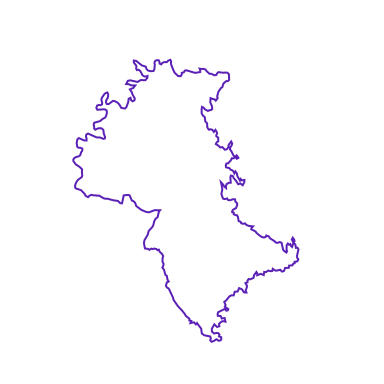 São José dos Ausentes, Rio Grande do Sul, Brazil, rotated 299°
{"feature_id": "56859067B10014476741522", "entity_name": "São José dos Ausentes", "entity_type": "district", "adm_level": 2, "iso_a3": "BRA", "parent_name": "Brazil", "parent_adm1": "Rio Grande do Sul", "projection": "robinson", "projection_center": [-49.931, -28.671], "detail": "fine", "context": "isolated", "style": "outline", "palette": "violet", "viewbox_px": 384, "rotation_deg": 299, "n_neighbors": 0, "source": "geoboundaries", "source_scale": "gbopen_adm2", "svg_char_len": 5988}
<svg xmlns="http://www.w3.org/2000/svg" viewBox="0 0 384 384"><g transform="rotate(299 192 192)"><path d="M254.5,82.1L255.6,84.3L255.8,87.2L257.7,90.7L254.5,90.2L251.6,87.9L249.9,91.3L248.4,92.7L246.1,96.6L244.3,97.2L242.6,96.2L242.7,94.4L244.5,92.5L242.9,91.4L239.5,92.7L234.2,93.5L232.5,92.9L231.3,89.4L233.4,85.8L234.1,83.3L234.0,80.4L233.4,78.7L228.5,76.5L227.6,74.9L228.8,73.2L230.2,72.6L233.7,72.6L235.1,72.2L236.9,71.3L238.0,69.6L236.5,68.4L235.1,67.9L230.5,67.5L228.8,68.0L226.3,70.3L225.0,70.8L223.7,70.1L222.9,68.3L221.6,67.1L219.3,67.5L218.0,69.3L221.6,74.8L222.1,76.2L221.9,77.8L220.4,79.0L218.4,79.7L215.3,80.1L212.3,78.3L209.4,77.2L205.2,72.9L203.3,73.3L201.7,74.8L200.2,75.5L199.6,77.2L201.2,78.2L202.8,79.9L203.8,81.9L203.4,84.3L200.4,86.5L197.8,89.4L196.5,89.8L195.5,88.7L195.1,85.2L193.5,82.1L192.7,72.7L190.9,71.7L189.0,72.4L187.8,73.8L185.9,74.8L184.8,72.6L184.3,66.9L182.5,66.2L178.9,67.4L176.0,69.6L175.7,71.1L176.6,73.1L176.8,75.0L175.0,76.0L173.0,75.8L170.0,76.4L168.5,75.8L165.9,73.3L164.2,72.5L162.7,72.5L161.5,73.3L159.8,77.0L159.5,81.2L158.6,84.8L155.1,86.6L153.5,87.9L151.8,88.4L147.0,86.3L144.5,86.1L142.2,86.3L140.1,87.0L138.8,88.3L139.8,94.0L138.2,99.3L137.1,100.7L137.1,103.6L139.0,104.1L140.8,105.4L141.5,108.1L142.4,109.3L142.7,110.8L143.8,112.3L143.7,117.9L144.2,119.7L145.2,121.5L146.6,127.2L148.3,131.6L147.4,134.6L148.2,136.3L155.9,133.9L157.8,136.4L158.9,138.9L155.4,143.5L155.6,145.1L155.1,147.3L152.7,150.1L151.8,156.4L152.4,161.8L153.5,164.4L157.9,168.0L160.5,172.9L158.7,172.6L153.3,174.1L150.8,173.1L147.9,173.2L144.4,174.2L142.2,174.3L136.9,173.0L133.0,174.0L126.9,173.8L124.2,174.6L119.8,178.2L120.9,181.1L120.8,182.8L122.7,183.8L123.0,185.4L124.1,186.2L124.9,188.4L124.4,190.0L125.5,191.0L124.1,192.6L123.2,196.1L121.9,197.9L119.6,198.4L116.6,200.1L115.4,202.0L112.9,202.8L111.5,202.7L110.3,205.4L106.6,208.9L106.5,210.6L103.6,212.9L102.4,215.0L100.6,213.8L97.3,214.7L96.4,216.2L96.2,218.6L90.2,226.9L88.8,228.0L85.4,234.8L83.4,241.0L81.8,244.9L80.7,246.5L79.9,251.2L78.3,252.0L78.9,253.9L76.6,254.2L79.0,256.9L78.1,259.6L79.8,259.9L76.9,266.3L73.1,269.1L72.6,272.1L74.5,278.0L73.0,279.5L71.0,279.9L70.5,281.8L72.3,283.3L75.1,284.8L74.8,287.4L76.1,288.9L77.6,289.0L79.2,287.9L78.7,285.6L80.7,285.1L81.3,283.3L80.4,281.5L78.9,279.9L79.6,277.0L82.1,275.6L87.1,275.7L86.1,279.3L87.9,281.0L89.8,279.5L92.9,280.6L94.1,281.7L94.8,284.1L97.6,281.6L95.8,279.4L97.4,277.1L96.2,274.6L97.8,273.5L99.6,273.2L105.8,277.5L104.8,279.4L105.8,280.7L107.2,280.5L107.5,276.3L109.4,276.2L111.5,273.5L113.8,274.5L118.7,275.3L120.7,276.5L121.8,278.6L125.4,277.7L127.2,280.2L130.8,279.8L131.1,282.9L129.4,286.2L130.5,288.3L131.7,286.7L135.1,286.2L136.7,285.5L138.2,282.9L140.0,284.3L141.4,283.5L143.4,283.7L143.8,285.2L146.8,287.5L149.2,286.6L153.3,287.1L152.5,288.5L150.8,289.4L153.8,291.9L154.1,295.0L157.1,293.9L157.8,295.5L160.3,296.8L160.7,298.9L161.8,300.5L164.0,299.9L163.7,302.2L164.0,303.8L166.8,306.9L166.0,309.2L167.3,310.7L170.8,310.3L172.6,313.4L174.7,312.6L176.6,315.4L178.4,315.3L179.5,316.3L180.7,315.6L182.5,317.8L184.7,317.6L185.4,316.0L186.7,314.9L193.5,312.9L194.4,311.3L193.5,310.0L196.2,307.8L196.9,305.2L192.5,306.2L192.8,304.6L194.1,303.2L192.9,302.3L193.4,300.8L191.3,300.6L187.2,302.8L186.2,303.9L184.8,303.9L185.2,300.7L186.0,299.4L191.0,295.0L190.8,293.1L189.0,291.5L188.4,289.6L189.0,288.1L189.3,282.8L190.4,280.6L189.9,278.0L188.4,278.2L187.0,276.9L186.5,274.6L186.7,272.2L187.5,268.2L188.3,266.6L188.1,261.9L189.4,261.4L191.5,262.0L189.8,257.8L189.6,255.3L190.3,253.6L189.0,252.3L188.5,250.2L189.5,249.0L189.2,246.9L192.6,244.1L193.5,242.5L192.8,241.0L192.8,239.2L194.2,238.5L193.9,236.8L195.7,236.3L197.8,237.2L199.1,238.3L202.5,237.9L204.1,236.8L204.6,234.6L206.4,233.3L205.7,231.5L203.1,229.1L202.5,227.5L203.4,225.8L201.9,224.5L201.2,222.7L202.0,221.4L204.6,218.6L208.1,217.6L210.0,216.6L214.6,212.6L213.8,215.1L212.5,217.5L212.0,219.8L213.6,218.8L215.5,218.4L217.8,219.6L218.9,221.4L223.3,218.5L225.2,218.0L225.7,220.1L224.4,221.6L223.1,225.1L221.2,228.6L222.9,230.3L222.5,233.1L225.9,233.0L227.9,232.0L226.4,230.0L227.0,228.2L225.2,228.4L228.1,223.7L229.9,222.4L231.0,220.0L228.8,220.0L229.9,218.6L230.5,216.9L230.2,214.9L231.0,213.2L230.1,209.8L231.7,208.6L233.6,208.3L234.6,209.7L238.6,210.6L240.8,210.5L241.7,212.2L243.6,212.6L244.1,210.5L246.6,206.9L247.7,204.5L249.6,203.8L251.5,204.1L253.8,203.7L255.2,201.8L251.0,201.2L248.7,202.1L246.3,201.7L244.9,200.3L246.0,196.8L244.6,195.1L245.3,193.0L245.5,189.6L247.3,189.5L249.1,190.4L252.3,188.5L252.5,186.3L253.7,185.6L255.4,185.6L256.4,184.6L257.7,182.4L255.1,182.0L256.3,179.7L255.8,177.6L254.7,176.8L255.2,175.3L256.1,173.9L259.4,171.9L260.2,169.4L263.7,166.8L264.2,164.4L265.5,162.3L269.4,160.1L271.3,159.5L271.4,161.1L270.6,163.1L270.6,166.7L271.9,167.5L272.8,168.8L274.2,169.5L276.6,168.0L279.3,164.5L283.1,162.7L283.4,165.1L284.0,166.9L283.4,168.5L286.6,168.9L287.9,167.6L292.6,166.5L296.9,166.9L298.4,167.7L302.1,166.9L305.6,168.2L306.4,169.7L308.1,170.1L312.9,167.2L313.5,165.1L312.7,163.3L311.6,161.8L309.6,157.0L307.8,156.4L306.2,156.5L304.9,155.0L304.8,151.8L303.9,149.9L304.8,146.2L305.7,144.4L305.2,142.2L304.1,140.5L303.6,138.9L302.7,140.0L300.9,141.0L297.7,137.0L295.7,128.1L294.7,126.9L292.7,126.8L291.2,125.3L289.8,126.1L287.8,125.9L286.7,123.6L287.9,119.0L289.2,117.1L292.9,112.5L294.3,111.2L296.2,110.4L297.1,108.9L295.4,107.6L293.4,107.0L292.1,104.7L290.6,103.5L288.7,103.2L288.6,101.4L290.1,100.4L291.1,98.9L289.9,97.0L288.6,96.2L286.8,96.5L285.4,97.7L280.8,99.7L279.1,99.6L277.7,97.4L276.9,94.7L277.5,92.6L279.2,90.8L278.4,86.8L279.6,79.7L278.8,77.4L277.0,78.4L275.4,82.1L272.7,83.5L271.9,84.8L273.0,86.0L272.7,88.2L270.1,92.1L270.0,94.2L270.6,95.7L271.9,96.8L270.3,97.6L267.3,97.1L266.3,95.6L265.6,93.7L264.7,92.6L261.9,91.1L259.7,83.8L258.1,82.0L254.5,82.1ZM196.9,305.2L198.8,305.5L199.9,304.4L200.9,302.3L198.9,302.3L196.9,305.2ZM243.6,212.6L242.8,215.1L244.4,216.0L245.7,213.3L243.6,212.6Z" fill="none" stroke="#5b21b6" stroke-width="2"/></g></svg>